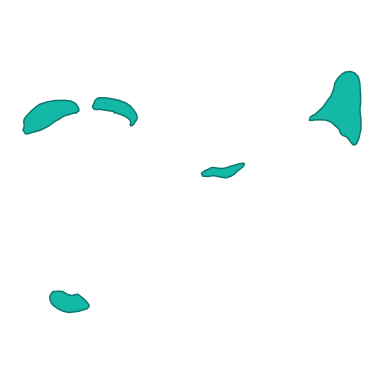 Woleai, Federated States of Micronesia
{"feature_id": "79324940B51603968819213", "entity_name": "Woleai", "entity_type": "district", "adm_level": 2, "iso_a3": "FSM", "parent_name": "Federated States of Micronesia", "parent_adm1": "", "projection": "mercator", "projection_center": [143.866, 7.353], "detail": "fine", "context": "isolated", "style": "filled", "palette": "teal", "viewbox_px": 384, "rotation_deg": 0, "n_neighbors": 0, "source": "geoboundaries", "source_scale": "gbopen_adm2", "svg_char_len": 2103}
<svg xmlns="http://www.w3.org/2000/svg" viewBox="0 0 384 384"><path d="M334.2,87.2L332.9,91.3L330.4,97.1L328.4,99.2L323.5,106.3L320.6,109.3L314.2,115.1L313.3,115.0L310.3,117.1L310.0,118.0L309.4,120.1L310.2,120.4L312.3,120.4L314.4,119.9L319.8,119.8L325.0,120.0L329.7,121.4L332.3,123.1L339.3,129.5L340.2,132.8L342.3,135.2L346.7,136.9L352.7,144.5L354.6,145.0L356.5,143.6L357.7,141.4L358.9,138.2L361.0,128.9L360.8,118.9L359.9,109.7L360.6,102.7L360.6,95.5L359.8,83.0L358.3,76.8L354.7,73.0L350.7,71.5L345.5,72.0L342.1,73.9L337.8,78.2L334.8,83.3L334.2,87.2ZM39.7,104.3L35.8,107.0L31.0,111.2L25.6,117.1L24.2,119.4L23.7,121.3L24.3,126.1L23.0,130.1L25.5,133.9L28.1,133.7L41.0,130.0L48.5,126.1L52.7,123.0L55.9,120.8L57.9,119.9L61.9,117.3L64.8,115.7L70.0,114.3L73.7,113.1L75.8,113.2L78.8,110.9L78.9,109.2L77.7,106.6L75.7,103.6L70.9,101.1L64.5,100.3L54.9,100.5L46.9,102.0L39.7,104.3ZM55.0,291.6L53.0,291.5L51.1,293.8L49.8,296.4L49.9,299.6L51.2,302.7L52.2,304.3L53.6,305.7L57.9,308.7L63.3,311.3L68.9,312.5L78.7,311.3L86.8,308.8L88.9,306.8L89.1,305.7L88.7,304.4L87.2,302.6L84.4,299.4L78.2,294.5L76.8,294.1L74.9,295.1L74.1,294.8L71.8,295.8L69.8,294.8L68.3,294.9L62.7,291.5L60.3,291.4L57.8,291.1L55.0,291.6ZM93.8,108.8L95.5,109.6L99.6,109.3L103.3,109.9L108.9,110.7L113.6,111.5L114.6,113.0L116.2,112.8L118.0,113.6L121.5,114.8L125.4,116.5L128.3,118.5L129.9,120.0L130.4,121.4L130.7,122.6L130.3,124.4L130.2,125.0L130.6,125.5L131.3,125.9L132.9,125.0L134.5,123.2L134.9,121.7L136.3,120.4L137.2,117.7L136.6,114.5L134.9,111.7L133.0,109.3L130.4,106.1L126.3,103.2L119.5,100.5L111.9,98.8L106.2,97.9L99.7,97.8L97.7,98.1L95.3,100.1L92.6,106.4L92.8,107.6L93.8,108.8ZM204.7,170.8L201.5,173.2L201.9,174.7L202.8,176.1L205.3,176.3L207.5,176.5L209.8,176.2L213.4,175.6L224.6,177.8L227.1,177.6L231.6,175.9L234.4,174.1L236.6,171.9L238.9,169.9L240.8,168.5L242.3,167.2L243.6,166.0L244.3,163.7L243.8,163.3L242.4,163.2L240.4,163.8L239.4,163.6L237.7,164.3L233.4,165.5L229.4,166.5L228.1,167.3L223.3,168.4L220.2,168.4L217.2,168.1L213.3,167.5L211.9,167.6L210.4,168.0L208.7,169.1L204.7,170.8Z" fill="#14b8a6" stroke="#0f766e" stroke-width="1.5"/></svg>